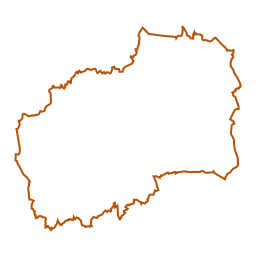 Juárez, Michoacán, Mexico
{"feature_id": "50627088B88478312202037", "entity_name": "Juárez", "entity_type": "district", "adm_level": 2, "iso_a3": "MEX", "parent_name": "Mexico", "parent_adm1": "Michoacán", "projection": "equal_earth", "projection_center": [-100.442, 19.293], "detail": "fine", "context": "isolated", "style": "outline", "palette": "amber", "viewbox_px": 256, "rotation_deg": 0, "n_neighbors": 0, "source": "geoboundaries", "source_scale": "gbopen_adm2", "svg_char_len": 5706}
<svg xmlns="http://www.w3.org/2000/svg" viewBox="0 0 256 256"><path d="M240.6,86.6L240.5,84.8L240.1,84.1L239.9,82.9L237.5,78.1L235.5,75.1L234.8,73.4L234.0,72.9L233.8,70.9L231.5,67.2L230.9,66.7L230.5,63.6L231.0,61.2L231.7,59.6L231.7,58.7L232.0,58.3L233.1,57.6L233.3,57.1L233.1,55.7L232.5,55.2L231.8,54.8L231.8,54.5L232.7,53.8L233.2,53.0L233.7,51.0L233.4,50.0L231.7,50.7L231.2,50.6L230.0,50.6L229.1,50.2L227.7,50.7L227.2,50.7L226.8,50.0L227.0,49.5L223.4,45.8L220.3,42.9L217.2,39.4L215.4,37.7L214.6,37.9L213.8,38.6L212.5,40.2L210.2,41.4L209.3,41.5L207.1,40.5L205.3,39.9L204.0,40.3L203.1,40.2L202.5,39.4L202.2,38.5L202.1,37.4L202.4,35.8L201.3,35.3L200.4,34.4L196.3,34.3L195.5,33.1L195.2,33.2L194.7,34.2L194.5,33.8L194.2,32.2L193.4,33.8L193.1,36.3L193.2,38.6L192.4,38.3L191.0,38.5L190.2,37.9L189.7,36.5L187.1,35.5L186.7,33.2L186.0,31.8L183.9,28.3L182.3,26.1L182.8,29.3L182.3,33.6L181.8,35.2L181.4,35.8L178.5,35.9L177.4,36.3L176.2,38.3L175.9,36.9L164.6,36.0L148.7,33.9L142.7,27.7L140.4,31.2L140.0,31.3L138.4,35.7L139.4,37.0L139.6,39.1L139.0,41.5L139.1,43.0L138.9,44.1L137.9,46.4L137.5,49.0L137.1,49.6L135.6,49.3L135.7,50.6L136.8,52.1L136.2,53.7L135.5,55.1L133.9,55.4L133.4,57.0L131.0,56.3L130.8,57.1L133.6,61.1L133.3,61.5L132.6,62.0L132.4,63.4L124.7,67.1L123.2,69.0L122.6,71.7L119.4,71.8L119.2,69.3L118.6,69.0L117.0,69.2L116.8,68.9L115.0,68.8L114.2,66.6L112.1,67.6L112.4,68.7L111.8,70.5L110.7,73.1L109.9,73.5L108.0,72.3L106.9,72.2L105.7,73.5L105.1,73.6L104.1,72.0L102.4,73.5L100.6,71.1L100.0,70.8L98.2,72.8L97.3,72.9L96.7,72.1L95.8,69.4L95.2,68.7L93.3,69.1L91.4,70.0L87.3,68.7L86.4,69.3L84.7,71.1L80.6,72.5L79.5,70.8L78.9,71.0L78.1,73.2L77.5,73.0L77.0,71.9L76.5,71.9L75.9,72.7L75.2,74.5L73.8,76.4L71.9,77.8L71.5,78.6L71.4,79.6L71.0,80.4L71.1,81.8L70.7,83.1L69.1,81.4L68.4,81.2L67.6,81.7L67.7,83.4L66.7,84.8L65.7,84.3L65.3,84.4L65.1,87.6L64.3,88.6L63.6,88.4L61.7,85.3L61.1,85.0L60.8,85.6L60.8,87.4L60.0,88.2L58.8,87.4L54.7,87.7L53.7,86.1L52.8,86.0L52.6,86.4L52.3,87.9L51.5,88.6L50.6,89.0L49.2,90.2L49.1,91.1L49.5,91.9L50.6,93.3L51.0,102.5L50.2,103.9L47.1,105.8L45.4,107.7L44.5,110.8L42.6,111.7L40.3,111.1L39.4,113.4L37.6,114.9L35.3,114.9L33.7,115.8L32.3,115.2L28.8,116.4L24.2,113.7L23.1,113.9L22.5,114.6L22.4,118.3L20.3,120.7L18.7,120.7L18.7,121.7L19.9,124.2L18.9,126.6L17.9,128.7L16.5,128.9L19.9,148.9L19.5,153.1L18.3,154.6L15.9,154.2L15.4,160.4L16.8,160.9L17.6,163.4L19.9,167.5L22.7,173.1L24.3,175.3L26.6,177.0L29.9,181.7L29.1,182.5L28.8,186.4L28.2,187.8L29.3,198.9L29.5,198.7L29.8,199.2L33.7,200.7L32.3,202.8L31.5,206.3L31.7,208.5L32.8,208.7L33.9,211.1L34.7,211.2L34.9,211.6L34.2,212.3L34.8,213.7L34.6,214.0L34.5,214.5L35.8,215.7L35.5,216.6L36.0,217.3L35.9,218.1L37.2,217.9L39.4,216.0L41.4,216.3L41.4,216.6L42.1,216.7L43.3,217.4L45.2,217.6L45.8,218.2L46.0,219.2L45.5,220.3L45.4,221.2L45.6,224.1L45.4,224.5L45.5,225.0L45.3,226.5L45.5,227.7L46.9,227.1L46.9,226.1L48.3,226.2L50.4,229.4L51.1,229.9L51.1,228.9L51.5,227.7L51.9,227.8L52.2,228.8L53.2,228.2L54.1,227.9L54.9,226.9L56.0,224.9L56.6,224.6L57.8,220.4L58.3,221.6L59.9,224.2L60.2,224.9L60.8,224.4L61.4,224.5L61.6,224.8L62.0,224.6L62.5,223.7L63.0,223.2L64.0,222.9L65.0,221.3L66.9,220.5L67.3,220.0L67.7,220.0L68.6,220.4L68.7,220.2L68.4,219.6L68.9,219.1L70.1,219.4L70.5,219.1L70.9,219.2L71.8,220.0L72.1,220.0L73.0,219.2L73.3,219.5L73.7,216.9L74.4,218.0L74.6,218.8L75.2,219.2L76.1,217.8L76.6,217.4L78.8,218.4L80.7,220.5L82.0,225.1L83.7,225.5L84.0,225.9L85.0,226.1L85.3,227.0L88.7,226.2L89.2,226.2L90.1,226.7L91.2,225.4L91.4,225.5L90.8,224.3L91.2,222.7L91.1,220.8L91.2,219.8L93.6,216.9L95.2,217.6L97.2,217.9L97.6,217.4L97.7,216.3L100.5,215.3L102.4,214.3L103.8,212.0L105.6,210.4L106.4,211.0L107.1,212.0L108.2,210.6L109.2,210.5L110.5,211.6L111.0,211.3L111.1,210.8L110.9,209.0L111.9,208.1L112.9,206.5L114.1,205.4L113.8,203.4L114.8,202.8L115.0,207.4L117.4,205.6L118.0,215.4L119.0,218.1L119.5,218.3L119.6,219.3L120.0,219.3L120.4,218.2L120.7,217.8L121.4,217.6L121.2,216.4L121.4,216.1L123.5,214.8L125.0,212.9L124.1,212.5L123.8,210.9L126.1,210.0L127.0,209.5L127.7,208.7L125.6,207.4L125.5,207.1L126.1,206.2L126.2,205.6L126.8,205.5L128.3,204.6L128.9,205.2L129.4,205.3L129.7,204.8L130.4,204.3L133.9,203.3L133.8,199.8L137.0,199.8L140.6,202.4L141.2,203.7L141.7,202.4L143.5,203.0L144.6,203.6L145.6,202.9L146.0,201.9L146.7,202.1L147.7,201.1L148.0,200.0L147.4,199.0L148.6,197.9L148.6,196.8L149.9,194.6L152.7,194.7L153.6,194.6L155.0,190.4L155.8,191.2L158.4,190.1L157.8,188.1L156.9,186.9L156.9,186.5L157.2,185.7L156.5,184.3L156.5,183.7L155.3,180.2L153.6,176.4L155.6,176.4L155.9,176.1L159.7,177.7L159.6,176.9L160.6,176.4L160.9,175.5L161.7,176.0L163.2,174.8L164.8,174.3L166.3,173.2L167.9,172.6L168.6,173.8L169.0,173.5L172.0,172.9L172.8,172.9L174.6,171.8L175.3,172.6L175.6,173.6L176.4,173.3L176.3,172.3L177.6,172.6L178.2,172.2L181.9,171.8L182.4,171.5L184.5,171.4L191.0,172.2L192.7,171.9L197.2,172.0L198.3,171.7L199.8,172.1L201.5,171.1L202.4,171.0L203.5,171.4L204.2,172.1L205.4,172.6L206.7,172.8L212.8,172.3L213.6,171.4L213.9,172.7L225.0,179.3L225.7,176.9L226.4,175.8L226.9,174.5L228.0,173.5L230.4,172.3L231.3,170.8L233.1,168.7L236.2,167.2L237.6,165.9L237.6,165.0L238.0,164.7L238.0,164.1L237.9,162.8L237.9,161.0L237.6,157.4L234.9,150.1L234.0,143.8L234.0,139.8L232.2,136.1L231.4,135.0L230.9,133.7L231.6,126.0L232.2,124.7L233.6,123.6L234.2,123.7L234.1,122.5L232.8,120.7L231.8,120.4L230.1,119.3L234.9,109.8L236.8,109.0L238.6,109.1L238.8,108.6L238.4,105.7L237.7,103.7L237.8,103.4L237.1,102.2L236.2,100.2L235.9,98.2L235.6,97.5L234.7,96.5L234.0,96.3L233.1,95.4L233.2,93.6L232.4,92.5L234.3,91.6L234.6,91.2L235.2,91.3L235.9,90.2L235.4,89.5L236.0,89.0L236.7,88.8L236.7,88.6L237.6,88.6L238.1,88.1L238.8,88.5L239.9,86.7L240.2,86.9L240.6,86.6Z" fill="none" stroke="#b45309" stroke-width="2"/></svg>